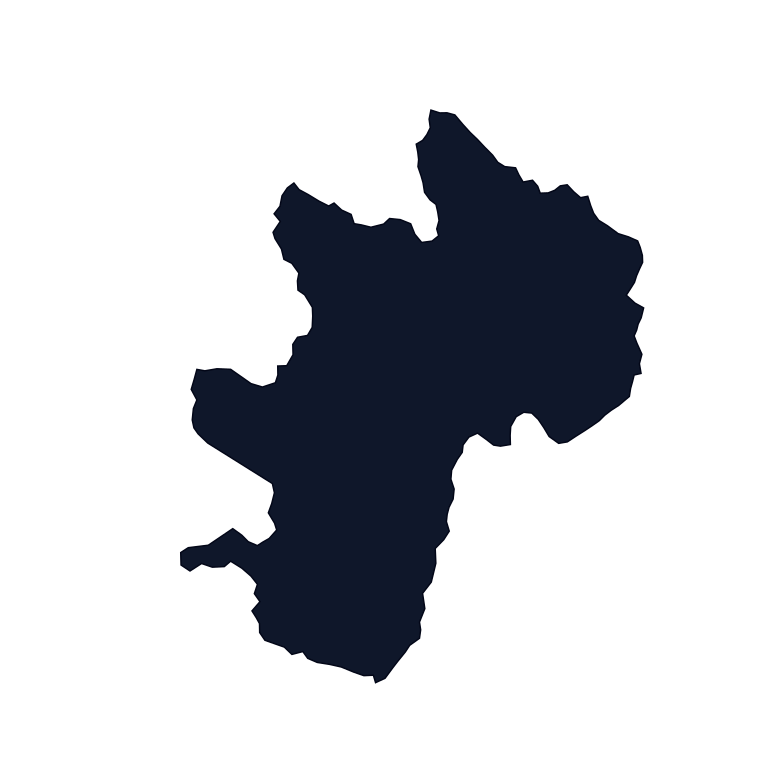 outline of Sapucaí-Mirim, Minas Gerais, Brazil, rotated 129°
{"feature_id": "56859067B63918846454231", "entity_name": "Sapucaí-Mirim", "entity_type": "district", "adm_level": 2, "iso_a3": "BRA", "parent_name": "Brazil", "parent_adm1": "Minas Gerais", "projection": "natural_earth1", "projection_center": [-45.854, -22.796], "detail": "fine", "context": "isolated", "style": "filled", "palette": "ink", "viewbox_px": 768, "rotation_deg": 129, "n_neighbors": 0, "source": "geoboundaries", "source_scale": "gbopen_adm2", "svg_char_len": 2799}
<svg xmlns="http://www.w3.org/2000/svg" viewBox="0 0 768 768"><g transform="rotate(129 384 384)"><path d="M141.6,519.9L149.8,515.6L155.7,509.3L163.2,507.6L170.4,507.3L177.3,509.9L182.5,503.7L187.8,498.3L193.7,494.4L198.9,486.1L203.0,480.3L209.5,473.1L211.9,464.1L211.7,456.6L216.5,450.5L222.3,444.1L230.3,440.6L234.4,434.8L242.7,436.6L250.3,443.8L248.2,454.3L242.7,464.1L246.0,474.8L251.9,483.8L259.9,484.9L270.4,492.8L274.6,501.7L278.2,508.1L272.9,516.3L275.5,526.4L274.8,536.7L280.5,539.0L282.8,549.6L284.5,562.2L286.4,572.3L284.5,580.5L292.4,582.5L301.9,581.7L311.3,576.7L320.9,576.5L322.9,566.9L335.9,565.7L339.6,560.2L343.6,548.7L350.1,540.2L348.2,531.6L351.4,519.9L358.3,516.2L365.2,509.9L364.6,501.8L369.5,487.9L376.1,482.1L385.2,475.4L394.4,474.0L402.1,480.6L410.6,479.8L418.5,473.1L431.0,471.1L436.9,477.9L443.8,472.1L451.4,469.2L462.9,476.6L467.4,487.6L469.1,512.4L477.3,523.4L486.5,531.5L490.4,538.6L499.9,534.4L509.5,530.4L514.1,519.4L523.0,516.7L532.6,510.4L537.7,504.1L539.7,497.1L540.8,483.8L531.6,408.1L537.5,400.7L547.6,396.0L556.9,392.8L561.0,381.5L565.0,375.5L576.3,376.0L583.2,378.7L589.3,380.7L592.0,390.3L591.0,399.3L591.6,410.5L619.9,419.1L634.4,433.1L642.9,435.9L652.4,427.8L651.4,417.1L638.3,412.8L634.4,402.2L626.4,393.2L618.2,391.7L616.6,378.6L617.0,366.5L619.3,356.3L628.5,352.8L631.2,343.4L643.4,343.8L645.9,336.4L648.5,330.0L655.4,324.2L658.1,315.2L651.2,295.9L652.1,285.4L643.0,278.7L645.2,270.6L642.4,260.7L636.1,249.8L630.8,239.1L626.9,226.1L623.3,216.1L617.0,209.0L621.4,202.6L612.0,198.0L599.0,198.6L590.8,198.8L578.8,198.8L570.9,199.6L559.3,196.4L552.0,200.8L546.7,206.6L532.9,210.9L522.4,222.3L508.2,222.6L490.7,230.9L479.6,240.7L467.4,239.6L457.3,240.7L451.7,248.9L445.5,252.9L438.9,255.9L429.9,257.9L421.5,263.4L415.9,272.1L408.4,277.2L396.5,279.6L387.9,280.2L381.6,284.2L371.8,284.6L363.3,280.4L362.7,269.7L362.5,260.4L359.0,254.4L351.5,247.7L344.6,253.6L337.3,258.8L326.2,260.7L318.0,257.6L313.6,250.9L314.4,241.9L317.3,232.4L320.9,222.6L320.2,210.9L313.6,205.1L303.5,201.9L293.7,198.6L285.7,196.1L276.9,193.6L269.3,192.8L261.4,190.9L252.8,188.1L246.5,186.9L239.3,185.5L232.2,189.6L225.5,192.5L219.6,195.3L214.0,190.9L207.5,198.3L198.6,202.3L193.1,213.2L189.2,219.9L183.1,221.6L177.5,224.2L170.7,225.8L161.5,230.1L163.2,239.9L162.5,251.6L155.0,252.4L147.4,253.3L140.8,255.9L133.6,257.9L126.7,259.6L121.4,264.2L116.6,270.9L113.2,276.9L115.8,286.6L119.8,296.7L120.4,310.0L121.7,320.2L119.4,328.5L115.4,335.5L109.9,343.8L115.5,348.5L115.2,357.5L113.9,367.0L119.1,371.7L126.0,373.2L132.2,376.7L137.4,382.7L133.6,389.0L132.2,396.8L139.5,403.0L136.6,410.8L133.2,417.8L139.1,427.0L140.1,435.1L137.8,443.6L136.6,454.8L135.2,464.9L134.3,475.4L132.6,486.4L130.3,498.3L133.6,505.7L138.2,511.2L141.6,519.9Z" fill="#0f172a" stroke="#020617" stroke-width="1.5"/></g></svg>